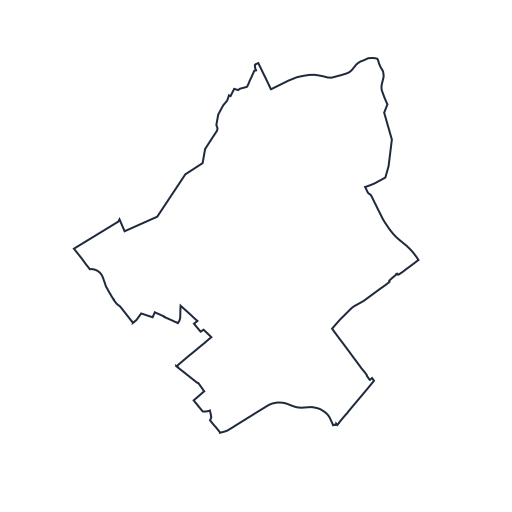 outline of Drimmelen, Noord-Brabant, Netherlands, rotated 344°
{"feature_id": "6326949B3496624998105", "entity_name": "Drimmelen", "entity_type": "district", "adm_level": 2, "iso_a3": "NLD", "parent_name": "Netherlands", "parent_adm1": "Noord-Brabant", "projection": "mercator", "projection_center": [4.754, 51.698], "detail": "fine", "context": "isolated", "style": "outline", "palette": "slate", "viewbox_px": 512, "rotation_deg": 344, "n_neighbors": 0, "source": "geoboundaries", "source_scale": "gbopen_adm2", "svg_char_len": 5705}
<svg xmlns="http://www.w3.org/2000/svg" viewBox="0 0 512 512"><g transform="rotate(344 256 256)"><path d="M83.0,198.8L87.8,210.4L90.5,217.8L90.9,218.7L91.6,220.3L92.6,222.9L92.8,222.9L94.2,223.2L95.7,223.8L96.6,224.3L97.4,224.8L97.9,225.1L98.2,225.4L98.8,225.9L99.4,226.4L99.7,226.7L100.2,227.4L101.2,228.8L101.5,229.4L101.8,230.0L102.0,230.4L102.4,231.8L102.6,232.5L102.7,233.2L102.8,233.9L102.9,234.6L103.2,239.8L103.2,239.7L103.4,244.1L104.0,246.4L104.5,248.8L105.7,253.4L106.3,255.9L107.3,258.5L107.0,258.7L108.5,262.5L108.7,263.1L109.0,263.6L109.4,264.2L109.8,264.9L111.4,266.9L112.4,269.3L116.9,280.4L118.7,284.8L118.8,284.8L119.3,286.2L119.2,286.4L119.8,286.2L119.7,286.1L123.2,284.7L123.4,284.6L129.8,279.6L139.7,286.4L142.6,283.0L143.2,282.2L145.4,284.1L146.5,285.0L151.3,289.1L151.1,289.4L156.5,293.9L160.8,297.6L161.1,297.8L161.7,298.4L161.8,298.3L162.4,299.0L164.2,297.4L164.4,297.2L164.6,296.9L165.6,295.4L165.8,295.1L166.0,294.7L167.0,291.7L168.1,288.1L169.8,283.0L176.4,293.5L179.8,299.2L181.8,302.3L177.7,304.0L181.9,313.5L185.3,312.4L190.7,321.7L185.8,323.9L181.5,325.9L178.6,327.1L174.5,328.9L171.6,330.2L167.9,331.8L165.2,332.9L161.1,334.7L149.2,340.1L149.3,340.2L149.2,340.2L149.3,340.5L149.3,340.4L150.1,341.5L152.0,344.2L155.6,349.1L157.1,351.3L157.3,351.5L157.5,351.7L157.9,352.3L158.6,353.4L159.7,354.9L163.7,360.5L164.6,361.7L164.7,361.8L165.5,362.1L165.6,362.3L165.7,362.7L165.8,363.0L166.3,364.3L168.9,371.8L165.8,373.2L156.3,377.6L157.7,381.0L157.8,381.0L159.2,384.3L159.1,384.5L159.3,384.9L159.6,385.4L161.9,390.7L162.6,391.0L163.3,391.2L164.1,391.5L164.8,391.6L165.5,391.7L166.9,391.9L167.7,391.9L168.4,391.9L169.1,391.8L168.8,396.8L168.5,398.9L166.5,401.3L166.9,402.2L167.0,402.3L167.3,403.1L168.0,404.9L168.6,406.1L168.9,406.8L170.4,409.9L172.7,415.4L172.6,415.7L172.6,416.0L176.2,416.1L177.8,416.1L179.6,416.0L180.4,415.9L181.5,415.6L186.7,414.2L190.0,413.2L196.0,411.5L203.7,409.3L208.8,407.9L210.7,407.3L222.9,403.9L226.5,402.9L227.2,402.7L228.0,402.6L229.0,402.5L229.8,402.4L230.7,402.3L232.7,402.4L233.5,402.5L235.0,402.6L235.7,402.7L236.3,402.8L237.6,403.2L238.8,403.5L240.1,404.0L240.9,404.3L241.4,404.5L242.7,405.2L243.2,405.4L244.0,405.9L244.7,406.4L245.8,407.1L247.6,408.6L249.7,410.1L250.6,410.8L252.6,412.1L253.7,412.7L254.5,413.1L255.5,413.5L256.6,413.9L257.3,414.2L258.4,414.5L259.9,414.8L265.6,416.0L266.4,416.2L268.1,416.7L270.1,417.6L271.4,418.3L272.5,418.9L274.1,419.9L275.2,420.7L276.2,421.6L277.5,423.1L278.5,424.2L279.7,425.8L280.9,427.8L281.1,428.2L282.0,430.6L282.2,431.3L283.1,436.8L283.4,439.6L283.5,440.0L284.8,439.7L285.1,440.0L285.3,440.0L285.9,440.4L286.5,440.3L286.9,439.3L287.2,440.0L287.1,440.3L287.4,440.8L287.5,440.7L287.7,440.8L289.3,439.6L289.5,439.5L289.7,439.4L289.8,439.4L289.9,439.2L290.0,439.0L294.8,435.7L299.2,432.8L299.9,432.5L301.3,431.5L301.4,431.3L305.5,428.5L325.7,414.9L335.0,408.5L334.8,407.7L333.9,405.3L331.3,406.5L331.1,406.3L329.6,401.9L329.7,401.6L329.7,401.4L329.7,401.1L328.7,398.3L328.5,397.7L326.6,393.5L326.4,393.0L324.2,387.0L323.7,385.7L321.8,380.7L319.2,373.6L318.4,371.5L317.5,369.1L313.9,359.7L313.7,359.3L313.4,358.5L311.6,353.6L310.7,351.2L310.3,350.1L309.8,348.8L309.8,348.6L309.1,346.8L317.2,341.6L319.6,340.1L331.4,333.6L333.8,332.3L336.6,331.3L347.0,328.9L354.8,326.0L356.4,325.4L360.5,323.9L368.8,320.8L368.8,320.7L368.9,320.9L376.3,318.1L376.6,317.9L377.2,317.6L377.1,317.2L377.2,316.8L377.2,316.6L377.3,316.5L377.4,316.4L377.7,316.2L378.6,315.8L379.9,315.1L384.2,313.2L384.6,313.0L385.1,312.7L385.6,312.3L386.1,311.8L386.9,312.0L386.6,312.7L388.1,313.2L389.3,312.8L390.4,312.4L391.5,312.1L394.9,310.8L397.1,309.9L399.4,309.1L401.7,308.2L405.7,306.7L411.1,304.6L409.9,300.9L409.2,299.1L408.5,297.3L407.8,295.6L406.9,293.6L406.5,292.9L405.4,290.8L404.4,289.2L403.8,288.0L402.1,285.6L399.2,281.4L398.9,281.0L397.0,278.1L396.0,276.5L395.5,275.5L395.0,274.6L393.7,272.0L392.7,269.6L392.0,267.8L391.1,265.4L390.6,263.7L390.5,263.4L390.2,262.6L390.0,261.8L389.3,259.8L388.7,257.7L388.4,256.5L388.1,255.4L387.9,254.3L387.5,252.1L387.0,249.2L386.8,248.2L386.1,244.8L385.7,242.4L385.4,240.8L385.3,240.0L385.1,239.1L384.6,236.6L384.5,235.8L384.1,233.5L383.6,230.9L383.4,229.8L383.3,229.6L383.3,229.3L383.2,229.1L383.1,228.9L382.9,228.5L382.4,228.0L382.0,227.6L381.7,227.2L381.0,225.9L379.9,219.7L381.6,219.7L385.7,219.4L390.1,218.9L394.5,217.9L396.0,217.6L402.0,216.2L408.2,206.2L418.7,181.5L418.7,175.5L418.7,163.5L418.7,158.5L418.7,155.9L418.7,153.6L423.4,147.4L424.1,146.5L423.2,139.8L423.0,137.1L422.7,133.3L422.6,131.3L422.8,129.7L423.3,127.8L423.9,126.3L425.3,123.8L427.2,120.5L427.9,119.3L428.5,117.4L428.8,115.3L429.0,113.7L428.6,111.5L428.0,109.6L427.6,107.2L427.3,104.7L427.3,102.3L427.3,101.3L427.0,100.0L426.0,99.2L424.9,98.7L423.1,97.9L418.4,96.8L413.6,97.6L410.3,97.8L407.4,98.6L404.8,99.8L404.1,100.4L399.3,103.7L396.6,105.0L393.3,105.5L387.3,105.6L377.7,105.4L374.2,104.2L370.0,101.7L365.6,99.5L362.0,97.9L357.1,96.6L351.3,95.9L344.8,95.4L335.3,96.4L324.4,98.4L317.3,99.7L316.3,99.8L314.3,87.7L313.6,84.0L311.4,71.2L310.7,71.3L308.9,71.5L308.4,71.6L308.0,71.8L307.9,72.0L307.6,72.1L307.5,72.4L307.4,72.9L307.1,74.4L307.0,75.3L307.0,76.0L307.2,76.8L307.3,77.4L307.7,78.2L307.4,77.9L307.1,77.7L306.7,77.5L306.2,77.4L305.9,77.5L305.5,77.6L305.2,77.7L305.2,77.8L304.6,78.4L300.6,83.2L297.9,86.2L297.4,87.0L296.8,87.8L295.1,89.7L294.3,90.6L294.2,90.7L293.9,90.8L293.6,90.9L287.6,90.8L286.6,90.8L284.8,91.5L284.6,91.6L281.1,89.3L275.6,95.3L274.3,94.1L271.1,98.7L265.9,102.2L258.7,109.6L254.0,119.1L254.2,122.7L253.1,124.8L247.5,129.6L236.6,139.1L233.4,145.6L230.3,152.0L210.6,158.0L171.9,191.0L136.5,196.0L134.9,183.1L133.1,185.0L83.0,198.8Z" fill="none" stroke="#1e293b" stroke-width="2"/></g></svg>